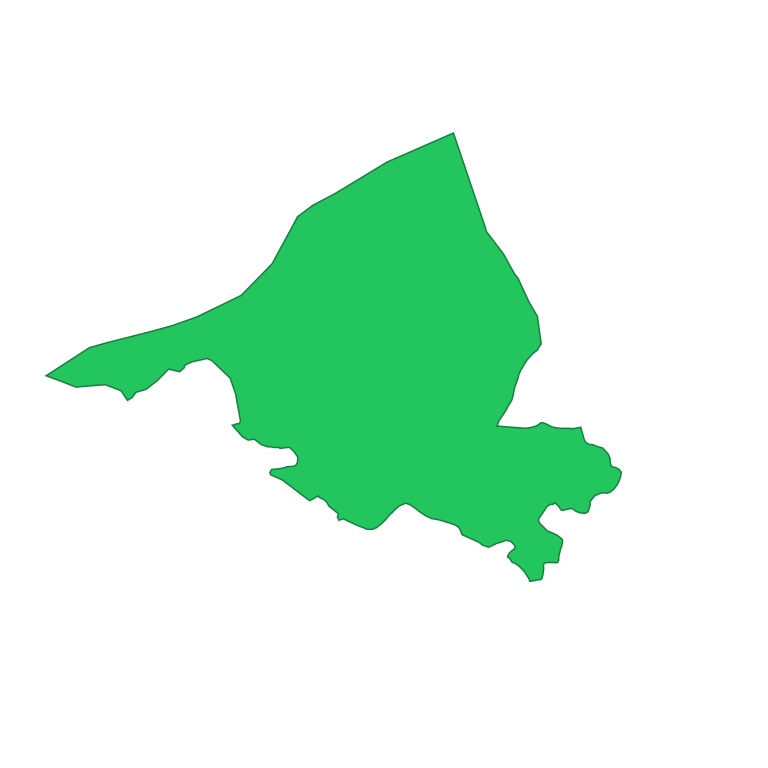 Al-Dilingat, Al Buhayrah, Egypt, rotated 134°
{"feature_id": "37247803B72725893374762", "entity_name": "Al-Dilingat", "entity_type": "district", "adm_level": 2, "iso_a3": "EGY", "parent_name": "Egypt", "parent_adm1": "Al Buhayrah", "projection": "equal_earth", "projection_center": [30.518, 30.81], "detail": "fine", "context": "isolated", "style": "filled", "palette": "green", "viewbox_px": 768, "rotation_deg": 134, "n_neighbors": 0, "source": "geoboundaries", "source_scale": "gbopen_adm2", "svg_char_len": 5607}
<svg xmlns="http://www.w3.org/2000/svg" viewBox="0 0 768 768"><g transform="rotate(134 384 384)"><path d="M267.4,547.9L280.0,551.2L304.8,559.3L323.8,562.4L337.6,558.4L375.3,548.0L393.9,548.1L419.5,548.3L433.5,553.4L465.9,565.3L489.5,577.1L506.4,587.1L510.6,589.6L529.8,601.5L536.6,605.7L545.7,611.3L562.3,621.1L612.8,632.8L606.1,617.6L600.2,603.4L591.5,595.9L578.1,584.0L571.5,568.4L574.0,557.1L572.2,556.7L568.9,555.8L566.4,556.1L562.4,556.7L553.7,551.8L553.2,551.5L543.0,550.0L539.0,549.4L522.9,549.3L519.3,543.2L517.9,540.8L517.1,539.5L514.5,539.3L511.4,539.0L508.4,540.3L502.4,537.8L500.8,537.1L498.4,535.5L488.7,529.1L486.8,524.4L486.6,498.9L494.1,484.0L500.1,475.7L510.2,461.7L513.1,460.5L515.1,462.4L517.7,463.6L518.4,464.1L519.0,464.5L519.2,462.0L519.5,458.8L520.0,452.3L520.3,449.2L520.2,448.7L519.9,447.5L518.9,443.3L518.3,442.4L516.8,441.3L515.4,440.2L513.8,439.0L513.5,436.0L513.1,432.5L512.9,430.8L512.8,430.3L512.2,428.7L511.0,426.4L510.2,424.5L507.0,420.6L506.2,419.4L505.6,418.6L505.2,418.0L504.1,417.2L503.6,416.4L502.9,415.6L502.5,414.5L502.3,413.8L499.0,411.3L497.0,409.5L495.3,407.9L495.2,405.2L495.1,402.2L495.7,398.9L496.5,395.1L498.7,393.3L499.0,393.0L499.9,392.3L500.8,391.7L503.0,391.2L503.7,391.0L506.1,391.9L508.4,394.0L510.3,395.9L514.4,398.1L515.8,399.1L519.0,401.5L520.1,402.4L521.5,403.7L523.5,405.5L526.5,404.7L527.1,404.6L528.0,402.3L527.0,399.7L524.8,393.6L523.7,390.6L522.3,379.2L521.9,375.7L521.8,374.8L520.9,366.7L520.8,365.8L520.3,362.2L520.2,361.4L520.1,359.5L519.4,356.3L518.0,356.0L516.7,355.5L515.2,355.0L510.3,353.8L510.7,352.5L509.8,349.6L508.8,346.4L508.9,343.9L509.0,341.8L510.1,339.1L509.8,335.4L509.0,326.7L512.2,325.0L513.3,321.8L509.3,319.7L504.6,305.9L503.0,302.0L502.1,299.9L501.4,298.4L501.0,297.1L500.5,295.5L496.4,291.2L492.5,289.6L490.0,289.4L487.3,288.8L483.9,288.7L480.3,288.6L477.2,288.9L476.7,288.9L473.5,289.1L470.2,288.7L469.4,288.8L466.9,288.8L465.2,288.7L461.2,288.4L459.1,287.5L458.2,287.1L455.4,286.0L453.9,284.5L453.7,282.8L452.9,282.5L452.0,277.0L451.8,275.5L451.6,274.6L451.3,271.6L451.2,270.2L449.9,262.5L447.6,256.1L444.9,252.2L443.1,249.3L442.4,248.1L440.4,244.1L440.0,243.3L438.7,240.8L435.8,234.3L435.3,230.6L435.3,230.1L435.7,228.6L436.5,227.0L437.3,225.0L438.0,224.0L438.0,222.3L437.1,220.3L433.3,209.6L432.7,207.8L431.8,205.5L431.7,203.5L431.5,201.3L429.5,197.0L428.7,195.3L427.7,195.0L426.3,194.4L424.5,193.7L422.7,193.1L422.1,192.8L420.7,192.4L417.1,190.3L415.4,189.4L413.9,188.7L411.6,187.7L409.2,183.7L409.2,178.1L409.9,176.7L411.9,175.7L412.9,175.9L414.7,176.1L416.2,176.3L416.9,176.3L418.7,176.3L421.8,175.5L422.7,174.8L422.3,173.7L422.1,172.7L423.1,168.8L423.1,167.3L422.4,166.6L421.9,164.6L421.5,163.0L421.4,161.1L421.2,159.4L421.2,156.9L421.3,155.3L421.3,154.8L421.5,152.8L421.6,151.9L421.9,150.7L422.4,148.9L422.9,146.6L423.4,144.4L424.6,142.1L421.5,139.6L420.1,138.7L418.8,137.9L418.2,137.5L417.7,137.1L416.0,135.4L414.1,135.4L412.8,136.1L411.6,136.8L410.6,137.3L408.7,138.8L406.2,140.6L404.4,142.5L403.1,143.8L401.1,144.1L399.6,142.9L398.7,142.1L397.9,141.4L397.4,140.9L395.7,139.1L394.9,138.2L394.2,137.4L393.4,136.5L392.0,135.2L390.8,135.4L389.8,135.7L388.4,136.8L387.1,138.1L385.9,138.9L385.2,139.3L385.3,139.8L383.4,140.3L382.0,141.2L380.6,142.1L378.9,142.8L377.4,143.4L375.9,144.5L374.7,145.1L373.1,146.2L372.1,147.6L371.9,149.0L372.1,150.9L372.5,154.6L373.4,156.7L373.5,157.2L374.1,158.9L374.8,161.3L376.0,163.3L376.2,165.7L376.2,167.4L376.1,169.3L376.1,173.1L376.0,175.1L375.8,175.9L375.0,177.6L374.5,178.3L373.6,179.0L373.1,179.1L371.8,179.3L370.0,179.7L367.4,180.1L366.9,180.2L363.3,180.8L362.3,181.0L361.1,181.3L359.9,181.5L359.5,181.5L358.9,181.5L358.2,181.5L355.5,180.9L355.1,180.6L354.0,179.9L353.1,178.8L350.8,178.8L350.7,177.3L350.7,175.1L350.6,173.6L350.8,172.9L351.4,170.3L351.6,169.3L351.1,167.9L350.0,167.2L349.4,166.9L347.2,165.4L344.9,163.9L343.6,163.1L342.6,160.7L342.2,157.3L341.0,154.6L340.5,153.6L339.2,151.8L338.7,151.1L337.4,149.7L337.1,149.4L334.1,148.5L333.6,148.8L331.9,149.5L331.3,149.8L328.5,151.2L328.0,151.6L325.3,154.2L317.0,154.7L316.4,154.2L315.8,153.8L312.9,152.8L310.2,151.0L307.8,148.0L307.5,147.6L304.5,146.2L303.0,146.0L300.5,145.6L299.0,145.7L295.8,146.1L295.1,146.1L292.2,146.9L290.6,147.5L289.9,147.8L287.4,148.9L286.9,149.1L282.7,151.9L282.3,154.0L282.1,155.3L283.2,159.5L284.7,161.6L285.1,163.8L283.4,166.4L282.4,167.9L280.6,169.5L279.2,172.8L278.7,174.0L278.5,176.4L278.3,179.3L278.2,181.2L278.2,182.5L279.8,185.0L280.8,187.3L281.6,189.1L282.9,192.3L284.7,193.9L285.7,197.5L285.6,199.3L284.7,201.7L282.1,206.1L281.4,207.3L280.5,208.9L278.4,212.4L283.8,216.2L285.6,217.8L286.5,219.2L287.4,220.0L288.6,221.3L290.1,222.9L292.3,225.4L293.0,225.8L295.8,229.6L298.3,233.5L300.1,239.6L300.6,240.8L301.7,243.1L302.7,244.2L303.9,244.4L305.3,244.5L307.3,245.1L308.6,245.4L309.9,246.2L312.8,247.8L315.6,249.9L317.7,251.6L318.2,252.2L319.0,253.2L323.8,259.0L325.9,261.5L331.3,268.1L333.1,270.3L334.9,272.5L335.3,273.0L335.9,273.3L331.5,275.5L328.0,276.2L322.7,277.1L318.3,278.0L314.1,279.2L312.6,279.6L307.2,280.8L306.4,281.1L301.8,283.6L301.0,284.2L298.0,286.2L294.7,288.1L288.0,291.0L283.5,293.6L280.3,294.8L279.4,295.2L276.5,295.7L275.8,296.0L271.9,296.9L270.8,297.1L267.7,297.8L263.4,297.9L259.8,298.2L254.2,297.4L253.6,297.3L252.8,297.2L251.6,297.7L249.5,298.1L245.9,298.8L232.9,315.5L228.8,320.6L227.0,327.1L224.5,336.0L223.3,339.2L222.5,341.2L219.5,349.1L216.4,357.0L214.9,360.7L214.1,366.8L211.3,376.0L207.5,388.2L203.2,416.3L200.8,420.3L163.9,491.6L159.9,499.4L155.2,508.4L222.3,536.0L239.1,540.4L267.4,547.9Z" fill="#22c55e" stroke="#15803d" stroke-width="1.5"/></g></svg>